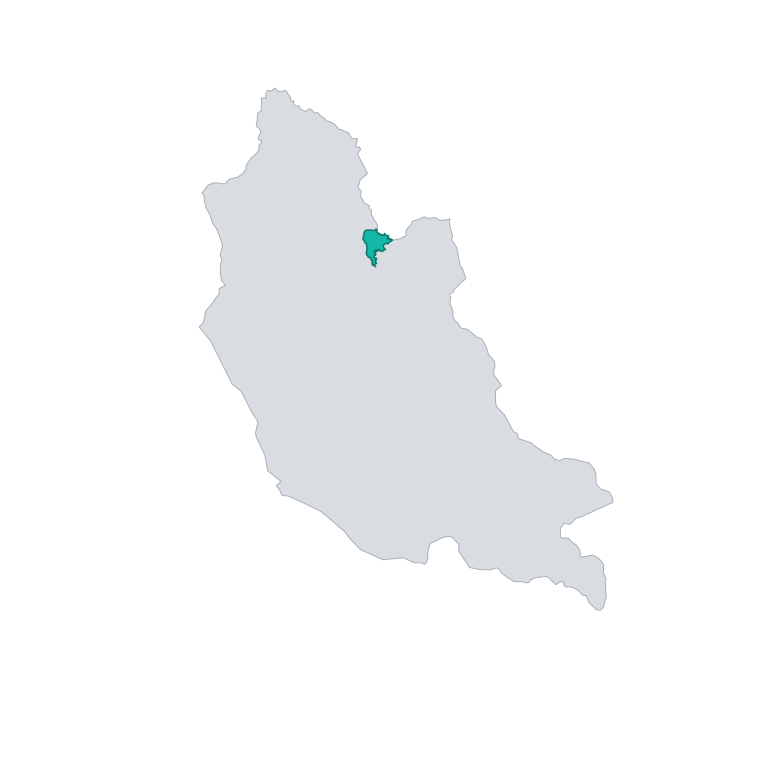 location of Cecerleg, Hövsgöl, Mongolia, rotated 56°
{"feature_id": "93677404B82623555846083", "entity_name": "Cecerleg", "entity_type": "district", "adm_level": 2, "iso_a3": "MNG", "parent_name": "Mongolia", "parent_adm1": "Hövsgöl", "projection": "albers", "projection_center": [98.091, 49.505], "detail": "fine", "context": "in_parent", "style": "filled", "palette": "teal", "viewbox_px": 768, "rotation_deg": 56, "n_neighbors": 0, "source": "geoboundaries", "source_scale": "gbopen_adm2", "svg_char_len": 7311}
<svg xmlns="http://www.w3.org/2000/svg" viewBox="0 0 768 768"><g transform="rotate(56 384 384)"><path d="M78.0,308.6L80.2,308.8L83.9,306.7L84.8,303.2L86.1,301.3L94.3,301.4L97.9,302.9L98.7,300.7L99.5,300.5L101.2,302.6L103.2,302.0L104.6,301.3L106.1,298.8L108.8,299.5L113.9,297.1L114.3,291.7L116.3,290.7L120.7,290.1L121.5,287.7L122.4,287.1L125.6,286.8L131.3,284.6L133.8,284.6L136.0,282.4L141.0,279.7L148.3,278.9L149.0,277.4L155.9,273.1L162.9,273.4L165.1,269.3L166.2,269.0L170.8,274.4L172.8,273.9L173.7,272.0L176.6,272.2L177.6,275.8L179.2,277.4L200.0,280.0L200.6,281.3L201.4,289.6L205.1,293.7L205.9,295.5L211.7,295.2L214.9,298.5L220.0,298.5L222.5,299.4L227.5,296.7L228.7,296.7L230.1,298.3L232.6,297.2L237.1,300.1L240.6,299.7L242.3,300.9L244.4,300.0L249.5,300.9L253.5,305.3L256.3,305.0L259.7,302.2L260.6,300.2L265.5,299.2L268.3,297.3L270.1,295.5L272.8,289.0L273.3,282.4L270.8,281.4L268.7,279.2L267.5,275.7L267.4,273.2L265.1,269.5L265.3,267.6L266.6,264.3L267.3,259.1L268.9,256.2L272.2,254.6L272.5,252.5L274.5,248.5L279.6,246.1L282.4,241.6L284.0,237.0L286.5,239.3L293.1,242.4L298.7,243.8L302.3,247.0L312.1,247.6L328.6,254.8L332.0,254.3L341.8,257.0L342.6,258.1L342.9,264.0L343.7,265.6L344.5,271.9L346.5,275.0L346.2,278.8L347.1,279.9L349.6,280.3L353.7,284.1L362.6,286.3L365.4,288.7L371.5,290.0L374.5,288.7L379.6,288.9L381.5,288.3L384.4,285.1L386.4,284.0L397.6,280.6L400.5,278.3L402.6,277.7L411.7,278.8L418.3,281.0L427.2,279.7L431.8,282.5L434.0,285.5L437.8,287.8L450.5,287.4L451.1,288.0L451.8,294.6L452.4,295.6L461.6,301.8L465.7,303.4L477.1,301.4L495.7,303.3L499.6,301.2L503.8,302.9L505.2,302.5L515.7,294.5L517.5,294.6L529.0,290.1L536.0,285.6L541.7,284.7L545.8,281.2L546.7,275.7L552.9,268.3L564.3,258.1L572.5,257.4L577.8,259.0L583.8,263.2L587.0,264.0L592.2,263.2L598.8,257.8L602.9,257.8L606.9,258.5L610.0,260.6L605.0,290.8L605.2,292.5L602.8,299.1L604.3,308.4L600.3,312.8L602.1,317.9L603.7,319.6L610.2,323.5L611.8,322.4L612.8,319.9L615.3,317.3L620.7,316.5L625.1,314.5L631.3,314.8L637.6,317.7L642.9,306.3L649.6,303.3L656.5,302.8L663.1,307.7L669.8,308.8L672.4,311.9L675.2,312.7L676.3,314.2L685.6,319.3L688.4,323.5L691.5,326.2L692.5,329.7L692.4,331.5L689.9,334.2L679.4,336.3L672.4,334.7L670.6,337.2L662.6,338.7L658.5,341.3L655.8,343.5L654.5,346.2L653.3,347.1L651.9,347.4L649.1,346.2L647.0,346.8L646.5,347.4L646.6,353.5L639.8,355.3L637.4,355.1L632.3,359.3L632.0,361.7L629.7,365.6L628.4,372.1L629.5,374.5L629.1,376.3L624.7,380.7L620.9,386.5L611.1,390.8L606.4,392.2L602.6,391.9L599.3,393.5L597.7,399.4L592.4,407.3L583.9,415.7L565.5,415.4L563.1,414.8L558.7,411.6L548.4,413.4L546.0,416.6L544.1,421.0L542.0,434.8L547.4,441.3L553.0,445.3L555.6,448.3L556.2,451.2L553.1,453.1L549.3,458.7L539.0,465.0L529.1,483.1L508.4,496.0L494.7,498.6L483.7,499.3L454.6,507.4L436.4,517.9L422.7,526.5L419.9,530.3L418.5,531.0L415.7,529.9L407.9,530.1L407.4,523.9L390.8,528.9L376.6,522.6L356.8,519.5L352.8,518.0L345.7,510.3L342.2,509.3L333.6,509.4L310.0,506.5L299.1,509.9L251.1,503.7L233.7,505.4L233.1,504.6L232.1,499.4L224.1,491.3L223.1,489.3L222.8,486.2L216.7,469.8L212.7,467.2L213.5,460.4L207.3,460.7L200.4,457.8L193.5,452.6L190.3,448.9L185.4,447.8L179.7,441.0L176.9,439.6L162.3,436.0L154.9,436.2L147.0,433.9L138.1,432.9L135.3,431.3L132.7,431.2L127.6,427.9L124.1,428.2L120.7,418.4L122.2,412.7L124.3,409.4L128.9,404.6L128.9,402.6L127.7,397.7L130.8,389.5L130.5,384.2L128.8,378.1L125.9,376.4L122.4,368.0L121.7,361.6L120.3,357.1L116.2,354.1L115.2,350.2L113.9,349.8L112.8,350.9L110.3,351.1L107.9,348.5L106.7,345.6L105.2,344.7L102.3,344.5L99.7,345.5L96.9,344.5L94.7,341.8L88.7,337.2L88.9,334.4L88.2,332.4L86.3,331.6L84.6,329.4L78.7,326.2L78.8,324.9L80.8,322.1L76.9,319.1L75.5,316.4L78.4,313.3L77.7,310.9L78.0,308.6Z" fill="#d9dde1" stroke="#a8b0b8" stroke-width="1"/><path d="M246.5,312.7L246.8,315.1L249.0,317.4L251.0,319.2L251.2,319.4L251.2,319.5L251.3,319.6L251.6,320.0L251.9,320.3L252.1,320.4L253.6,320.5L255.2,320.3L256.4,320.8L257.1,320.5L257.8,320.1L258.9,320.8L261.3,321.7L261.8,322.2L263.7,323.6L264.2,324.0L264.8,324.8L265.7,325.4L266.5,326.0L267.0,326.1L268.6,325.9L269.8,326.2L271.1,325.2L272.3,324.7L273.1,325.3L274.5,325.1L275.6,324.9L276.4,325.2L276.6,326.1L278.8,327.1L280.2,326.2L281.5,325.6L279.6,325.0L279.9,323.6L279.7,322.8L279.6,322.7L279.4,322.7L278.9,322.7L278.7,322.7L278.6,322.8L278.4,322.6L278.2,322.5L277.8,322.4L277.7,322.4L277.4,322.3L277.3,322.2L277.2,322.1L277.0,321.8L276.9,321.6L276.8,321.4L276.8,321.1L276.7,321.0L276.7,320.9L276.6,320.7L276.4,320.6L276.2,320.6L275.9,320.6L275.9,320.8L275.8,320.7L275.7,320.8L275.7,320.7L275.6,320.8L275.5,320.7L275.5,320.8L275.4,320.8L275.2,320.8L274.9,320.8L274.6,320.9L274.5,321.0L274.4,321.0L274.2,321.1L273.9,321.1L273.6,321.3L273.4,321.3L273.1,321.3L272.9,321.2L272.6,320.8L272.6,320.7L272.4,320.5L272.4,320.4L272.2,320.4L272.2,320.2L272.0,319.9L272.1,319.7L272.3,319.6L272.4,319.4L272.3,319.2L272.2,319.2L272.1,318.8L272.2,318.7L271.9,318.3L271.8,318.2L271.6,318.1L271.4,318.3L271.2,318.4L271.1,318.5L270.9,318.6L270.7,318.6L270.5,318.4L270.4,318.4L270.2,318.4L269.9,318.4L269.9,318.2L269.7,318.0L269.8,318.0L269.7,317.9L269.4,317.9L269.5,317.8L269.4,317.7L269.4,317.4L269.3,317.5L269.3,317.4L269.4,317.2L269.5,317.1L269.5,316.9L269.6,317.0L269.7,316.9L269.6,316.7L269.4,316.5L269.2,316.4L269.1,316.5L268.9,316.5L268.7,316.6L268.6,316.3L268.4,316.3L268.3,316.2L268.4,315.4L269.9,315.6L270.0,315.6L269.9,315.4L269.9,315.2L269.7,315.1L269.7,314.9L269.8,314.8L269.8,314.7L269.7,314.6L269.7,314.4L269.5,314.2L269.5,313.8L269.5,313.7L269.5,313.4L269.6,313.2L269.6,312.9L270.6,313.5L272.4,312.1L272.6,311.3L273.3,310.0L273.3,309.9L273.2,309.5L273.0,309.4L272.9,309.2L272.7,308.9L272.8,308.8L272.8,308.5L272.8,308.4L273.2,307.7L271.9,307.9L271.2,308.0L269.9,307.7L268.4,306.5L268.5,305.1L268.3,304.3L268.6,303.4L270.0,302.5L269.4,300.2L269.6,298.9L269.4,298.2L269.4,296.8L269.2,296.8L269.0,296.7L268.8,296.7L268.7,296.8L268.3,296.9L268.2,296.9L267.9,297.0L267.8,297.5L267.7,297.8L267.3,298.0L267.1,298.3L266.9,298.2L266.7,298.3L266.5,298.2L266.4,298.1L266.2,298.2L265.8,298.4L265.8,298.5L265.7,298.9L265.8,298.9L265.9,299.0L266.0,299.2L265.9,299.4L266.0,299.4L266.1,299.5L266.3,299.6L266.2,299.8L265.9,299.9L265.8,300.0L265.6,300.1L265.4,299.9L265.1,299.8L265.0,299.6L264.9,299.5L264.8,299.3L264.8,299.1L264.7,299.1L264.5,298.9L264.3,298.9L264.4,298.7L264.1,298.5L264.1,298.4L264.1,298.2L264.3,298.0L264.1,297.8L263.9,297.8L263.8,297.7L263.8,297.8L263.6,298.1L263.3,298.4L263.0,298.4L262.8,298.3L262.7,298.5L262.4,298.7L262.2,298.8L261.3,299.2L261.2,299.4L260.4,299.3L260.3,299.5L260.2,299.7L260.1,299.8L259.9,299.8L260.1,300.0L260.4,300.2L260.2,300.3L260.2,300.5L260.4,300.8L260.5,300.9L260.5,301.0L260.5,301.4L260.4,301.5L260.2,301.8L260.1,302.0L259.9,302.2L259.7,302.1L259.6,302.3L259.3,302.3L259.3,302.5L259.2,302.6L259.2,302.8L258.9,303.2L258.6,303.3L258.3,303.3L258.2,303.3L258.3,303.4L258.2,303.5L257.4,304.0L257.2,303.7L257.0,303.8L256.9,304.0L256.5,303.9L256.3,303.9L255.9,304.3L255.9,304.5L255.5,304.8L255.4,304.7L255.0,304.7L254.9,304.7L254.6,304.8L254.3,304.8L253.9,305.0L253.8,304.9L253.7,304.7L253.4,304.5L253.2,304.4L253.2,304.2L252.9,304.0L252.7,303.9L252.4,303.8L252.1,303.6L251.9,303.5L251.1,304.2L252.0,305.2L250.8,306.6L250.4,307.3L249.7,308.2L249.6,308.3L249.1,309.1L248.9,309.6L248.3,309.8L246.5,312.7Z" fill="#14b8a6" stroke="#0f766e" stroke-width="1.5"/></g></svg>